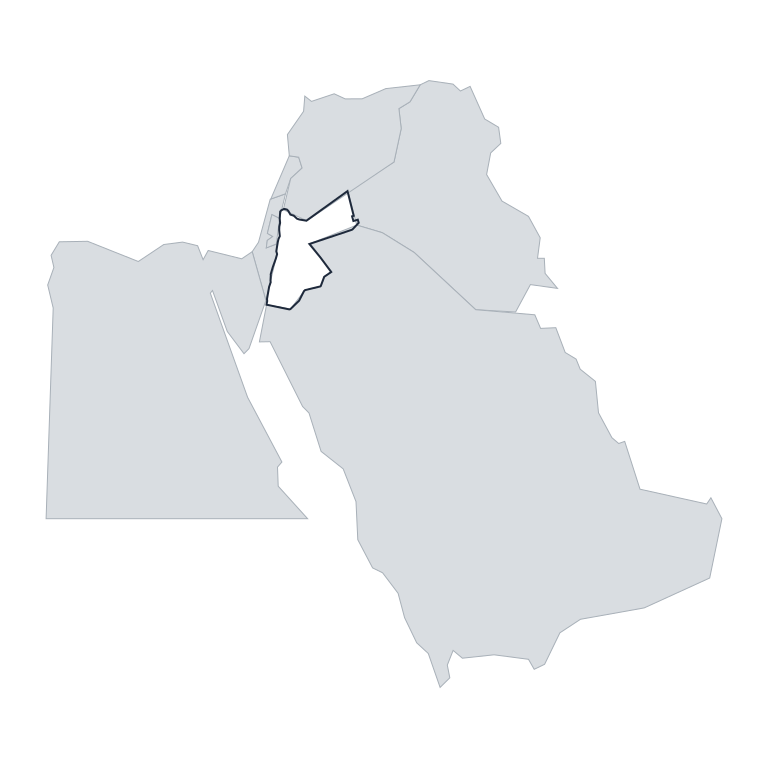 map of Jordan with Israel, Lebanon, Palestine and 4 others greyed out
{"feature_id": "JOR", "entity_name": "Jordan", "entity_type": "country or territory", "adm_level": 0, "iso_a3": "JOR", "parent_name": "Asia", "parent_adm1": "", "projection": "equal_earth", "projection_center": [36.712, 31.281], "detail": "coarse", "context": "with_neighbors", "style": "outline", "palette": "slate", "viewbox_px": 768, "rotation_deg": 0, "n_neighbors": 7, "source": "natural_earth", "source_scale": "50m", "svg_char_len": 3051}
<svg xmlns="http://www.w3.org/2000/svg" viewBox="0 0 768 768"><path d="M285.5,193.8L279.6,218.5L271.9,214.6L267.4,233.4L272.7,236.5L267.3,240.4L266.3,247.9L276.3,244.0L276.8,255.0L265.9,300.5L252.2,251.7L258.5,242.3L270.2,199.3L285.5,193.8Z" fill="#d9dde1" stroke="#a8b0b8" stroke-width="1"/><path d="M285.5,193.8L270.8,199.0L289.3,155.8L298.7,157.2L302.1,168.0L290.7,178.5L285.5,193.8Z" fill="#d9dde1" stroke="#a8b0b8" stroke-width="1"/><path d="M276.3,244.0L266.3,247.9L267.3,240.4L272.7,236.5L267.4,233.4L271.9,214.6L279.6,218.5L276.3,244.0Z" fill="#d9dde1" stroke="#a8b0b8" stroke-width="1"/><path d="M356.7,225.1L347.9,191.0L394.0,162.0L401.2,128.6L398.9,108.6L410.0,101.8L420.2,84.8L428.9,80.6L453.0,84.1L460.4,91.0L470.1,86.4L484.7,119.0L498.6,127.3L500.8,143.4L490.7,152.9L486.6,174.5L502.0,201.1L528.5,216.4L540.2,237.8L537.5,258.3L544.3,258.3L545.1,273.4L557.5,288.4L530.4,284.6L515.6,312.0L475.7,309.7L414.2,252.5L382.3,232.7L356.7,225.1Z" fill="#d9dde1" stroke="#a8b0b8" stroke-width="1"/><path d="M283.3,209.7L290.7,178.5L302.1,168.0L298.7,157.2L289.3,155.8L287.4,134.6L303.6,111.3L304.8,96.1L311.5,101.4L334.2,93.8L345.2,98.9L362.2,98.8L385.8,88.6L420.2,84.8L410.0,101.8L398.9,108.6L401.2,128.6L394.0,162.0L306.8,220.8L283.3,209.7Z" fill="#d9dde1" stroke="#a8b0b8" stroke-width="1"/><path d="M266.6,304.6L290.4,309.2L304.8,290.1L321.1,286.2L324.6,276.6L331.6,271.8L310.3,243.5L356.7,225.1L382.3,232.7L414.2,252.5L475.7,309.7L534.8,314.8L540.6,328.4L555.8,327.7L565.2,352.5L576.1,359.1L580.2,369.2L595.4,381.4L598.5,412.8L611.9,437.7L618.7,443.5L624.7,441.4L640.0,489.2L706.7,504.0L710.9,497.8L721.9,518.7L709.7,578.0L644.2,607.9L580.4,619.3L559.9,632.8L544.6,664.3L534.2,669.3L528.5,659.3L494.1,654.8L462.4,658.2L453.1,650.4L447.3,665.1L449.8,677.8L440.1,687.4L428.3,653.5L416.7,642.8L404.6,617.7L398.1,593.3L382.6,572.8L372.6,567.9L357.8,539.7L356.0,501.6L343.2,468.9L321.1,451.4L309.0,413.0L302.6,406.5L270.1,341.7L259.4,341.9L266.6,304.6Z" fill="#d9dde1" stroke="#a8b0b8" stroke-width="1"/><path d="M307.6,518.7L46.1,518.7L53.2,308.0L47.7,285.0L53.9,267.5L51.1,255.3L59.3,241.8L87.6,241.3L138.3,261.5L163.8,244.5L182.6,242.1L197.6,245.7L203.1,259.7L208.2,250.5L241.7,258.8L252.2,251.7L265.9,300.5L249.0,348.6L244.0,353.7L227.3,331.5L212.5,290.5L210.3,293.1L247.6,397.3L281.9,462.0L277.5,467.1L278.2,486.2L307.6,518.7Z" fill="#d9dde1" stroke="#a8b0b8" stroke-width="1"/><path d="M284.7,209.0L287.0,209.6L288.3,210.9L290.4,214.6L293.8,215.7L297.0,218.7L299.3,219.5L306.4,220.7L347.5,191.1L353.7,215.8L352.1,216.3L353.4,221.0L357.8,219.7L358.7,222.8L352.5,229.4L351.8,229.8L309.4,244.0L320.5,257.6L331.2,272.0L324.2,276.8L320.8,285.9L320.4,286.4L305.1,290.1L304.0,291.1L299.1,300.7L290.4,309.1L289.3,309.4L266.5,304.7L267.2,301.0L267.0,299.0L269.1,286.9L270.7,282.2L270.5,280.7L270.8,275.3L270.7,274.3L272.8,267.1L275.9,258.4L277.1,254.1L276.3,251.3L277.8,242.0L278.5,238.9L279.8,236.2L279.2,230.0L279.3,226.7L280.1,222.9L279.7,218.5L280.2,211.6L281.0,210.5L283.6,209.1L284.7,209.0Z" fill="none" stroke="#1e293b" stroke-width="2"/></svg>